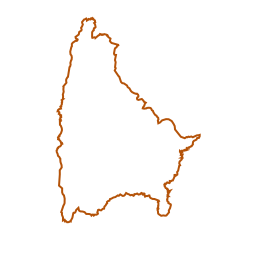 the district of Tlanchinol, Hidalgo, Mexico, rotated 9°
{"feature_id": "50627088B11315942998338", "entity_name": "Tlanchinol", "entity_type": "district", "adm_level": 2, "iso_a3": "MEX", "parent_name": "Mexico", "parent_adm1": "Hidalgo", "projection": "robinson", "projection_center": [-98.632, 21.045], "detail": "fine", "context": "isolated", "style": "outline", "palette": "amber", "viewbox_px": 256, "rotation_deg": 9, "n_neighbors": 0, "source": "geoboundaries", "source_scale": "gbopen_adm2", "svg_char_len": 5820}
<svg xmlns="http://www.w3.org/2000/svg" viewBox="0 0 256 256"><g transform="rotate(9 128 128)"><path d="M179.6,208.4L181.7,204.9L181.2,203.1L182.1,200.5L182.4,197.3L182.1,196.7L179.7,195.9L179.7,195.0L178.5,194.3L178.1,193.6L178.2,192.9L177.8,192.5L178.1,190.0L177.8,189.6L178.2,189.1L178.7,189.0L178.2,188.6L178.0,189.0L177.6,188.8L177.8,187.2L178.8,186.1L178.1,186.4L178.5,185.4L178.4,185.3L177.8,185.9L177.4,185.4L177.7,184.5L178.5,184.6L178.3,185.0L178.7,184.9L178.9,184.7L178.6,184.3L178.9,184.3L179.4,183.4L178.1,184.1L178.0,184.5L177.6,183.7L177.2,183.7L177.4,183.1L176.6,182.3L177.1,181.4L176.1,182.3L175.5,181.6L174.6,181.4L173.9,180.3L173.4,180.0L172.7,178.1L173.1,177.5L173.5,178.0L173.7,177.6L173.9,177.8L175.1,175.8L175.3,176.0L176.4,175.7L177.3,176.0L177.9,175.4L177.6,173.8L179.0,173.7L179.6,173.0L180.5,172.8L181.5,169.0L181.3,167.1L182.0,166.9L182.7,167.6L184.0,166.3L183.8,165.0L183.4,163.9L184.2,162.3L184.5,157.3L185.3,156.7L184.2,155.1L184.1,153.6L184.4,152.8L186.0,150.6L186.0,149.5L186.6,149.0L186.5,148.8L186.3,149.1L185.4,149.1L185.7,148.9L185.7,147.1L186.0,146.0L185.2,146.2L185.0,146.7L184.4,146.5L184.6,146.0L184.3,145.2L184.5,144.5L183.7,144.2L183.5,143.8L183.8,143.5L183.0,143.3L182.9,142.5L184.5,143.3L185.1,143.0L184.9,144.0L185.5,143.8L185.0,142.0L185.9,141.9L187.0,141.0L187.3,141.4L188.0,140.9L188.5,141.1L189.2,140.7L188.9,140.7L189.1,138.7L190.0,139.0L190.7,137.8L191.4,138.0L192.0,137.1L193.6,136.1L193.5,135.7L194.2,135.0L194.7,133.8L194.4,133.1L194.5,131.3L195.1,130.4L197.4,128.8L197.9,127.1L199.6,126.7L200.1,125.0L199.9,123.6L198.9,124.1L197.2,124.5L193.4,127.0L191.9,126.5L189.9,127.3L189.0,127.1L188.0,127.9L187.2,127.8L185.7,129.2L181.6,128.4L174.7,122.1L173.8,118.8L172.2,116.6L170.1,114.3L166.8,113.0L164.2,113.3L160.5,115.1L158.8,117.5L157.2,118.6L156.3,115.8L156.7,114.8L156.2,113.2L154.6,112.1L154.3,111.4L152.6,110.7L150.7,108.6L149.9,107.1L148.8,106.7L147.9,105.3L147.1,104.7L145.5,104.7L143.6,105.2L143.2,105.7L140.9,106.4L139.5,106.3L139.6,105.3L140.6,103.4L140.8,101.6L141.6,100.2L139.5,99.5L139.1,98.7L137.1,97.2L134.0,98.6L132.8,98.4L132.3,97.7L132.3,96.5L133.3,95.5L133.3,94.7L132.7,93.5L131.4,92.7L130.9,93.0L128.7,92.7L126.4,91.9L125.1,91.0L123.2,88.6L121.3,87.7L120.4,86.2L117.0,84.6L115.3,84.6L113.9,83.6L111.3,78.6L110.7,78.4L105.9,73.3L106.5,70.8L105.7,70.0L105.5,64.9L104.5,62.9L104.7,57.7L103.4,57.8L103.0,57.6L102.5,56.5L102.6,52.1L102.8,51.2L104.0,50.1L104.6,48.1L105.0,48.2L105.5,47.8L105.3,47.4L98.6,46.6L97.7,46.1L96.5,44.9L96.7,42.4L94.3,41.3L93.4,39.7L93.1,39.5L92.7,39.8L92.5,39.3L92.1,39.2L89.8,39.0L89.3,39.5L88.6,39.5L88.4,40.0L87.7,40.1L87.8,39.8L85.6,39.5L85.0,40.8L84.4,41.1L81.9,44.0L81.8,43.5L81.7,43.9L80.9,43.6L78.7,44.5L78.3,43.7L77.6,39.0L78.1,37.7L78.9,36.9L78.6,35.9L78.9,34.9L79.1,35.0L80.2,33.4L79.2,30.7L78.1,29.6L79.1,28.6L78.8,28.2L78.5,27.0L76.8,26.1L76.6,25.5L76.0,25.7L75.8,25.4L75.6,25.8L75.1,25.4L74.6,26.0L74.4,25.5L74.1,25.6L73.3,26.7L72.1,26.5L71.8,27.3L70.7,28.2L70.6,27.3L69.8,27.0L69.9,26.7L69.6,26.4L68.5,27.4L67.7,27.7L66.1,30.4L66.2,31.2L67.2,32.8L66.7,34.9L66.0,36.5L66.8,38.0L66.7,39.0L64.8,40.8L64.7,43.4L61.9,46.3L62.5,47.7L64.3,48.3L64.5,48.7L63.8,50.0L62.5,50.1L61.4,51.2L60.1,52.4L59.4,53.8L59.8,56.1L59.4,56.9L59.0,61.6L59.7,64.2L60.9,65.4L61.5,67.1L61.6,69.4L61.2,70.1L60.9,72.8L61.4,74.3L61.2,76.3L60.7,77.0L60.7,86.9L60.2,87.4L59.4,89.6L59.5,91.1L60.1,92.9L57.6,97.1L58.0,97.8L58.1,99.8L58.8,102.3L58.4,105.3L58.9,106.6L59.1,109.3L59.6,109.4L58.3,110.7L58.7,110.9L58.9,112.9L58.6,113.0L58.6,113.4L59.0,114.6L58.5,116.5L58.7,117.1L57.9,117.5L58.8,119.3L57.0,120.1L56.0,121.3L55.9,122.2L56.1,122.1L56.5,122.3L56.4,122.6L57.7,123.2L57.9,123.9L57.5,124.9L59.0,125.5L59.0,126.1L59.6,126.4L60.0,126.2L60.3,127.7L59.6,127.9L59.5,129.0L60.1,130.0L59.5,130.3L60.0,130.9L59.9,131.2L60.5,131.5L60.1,132.0L59.6,131.7L60.3,135.5L61.3,136.3L62.6,138.5L63.0,139.9L63.1,140.8L62.6,143.7L61.4,146.0L61.7,146.5L61.6,147.0L60.7,147.9L60.6,147.7L60.3,148.4L60.7,149.1L60.7,149.5L61.0,149.3L61.7,149.8L61.6,150.3L63.7,151.9L64.1,153.2L65.0,153.7L65.3,153.4L65.6,153.9L64.8,154.4L64.6,155.6L63.8,156.8L62.4,157.6L62.2,158.6L61.7,158.7L61.4,159.4L61.5,160.5L61.0,161.3L61.4,162.9L62.5,164.5L63.2,166.4L64.6,167.3L66.1,169.2L66.0,169.7L66.7,172.3L68.2,175.1L68.7,177.3L67.2,180.4L67.9,184.4L68.9,195.7L72.4,197.9L73.0,201.8L73.9,203.5L75.3,204.6L76.5,207.7L77.1,212.1L76.8,213.7L76.4,214.5L75.2,221.6L76.1,222.2L76.3,224.0L77.8,226.5L78.2,229.4L79.2,228.5L79.7,228.4L80.0,228.8L79.9,229.5L80.4,230.2L81.3,229.7L82.6,230.6L84.3,230.2L85.2,229.3L86.1,229.3L86.0,228.5L87.1,225.4L87.3,220.6L87.6,220.2L88.4,220.2L89.1,219.6L89.7,217.0L91.5,214.6L92.5,217.1L93.1,217.5L94.0,217.8L96.4,217.6L98.3,217.9L100.2,219.4L103.1,219.0L104.9,219.3L105.6,220.2L106.5,219.1L107.5,219.0L107.9,219.8L108.2,219.6L108.2,218.9L110.6,218.5L111.7,217.4L111.6,216.9L110.9,216.2L111.3,213.6L112.1,213.2L113.4,213.6L114.4,213.5L115.7,211.8L117.0,211.4L117.0,209.3L118.0,208.0L118.5,206.4L119.2,205.7L118.8,204.4L119.7,203.3L121.0,202.7L121.4,200.9L122.5,200.5L124.5,198.9L126.3,198.2L128.4,196.2L129.5,196.4L130.7,194.8L133.3,195.9L134.5,195.6L135.4,194.6L136.3,192.5L137.8,193.1L139.8,193.5L140.8,194.1L142.4,193.4L144.0,194.1L144.4,193.8L144.7,192.3L145.8,192.2L147.3,191.3L148.8,192.1L150.2,191.6L150.8,190.6L151.6,190.0L152.0,190.2L152.2,190.9L153.1,191.5L153.8,191.1L154.1,190.2L154.6,190.4L154.9,192.0L155.6,193.1L156.6,192.3L157.6,192.3L159.2,191.3L159.7,191.3L160.2,192.6L161.2,193.6L163.3,194.2L165.3,194.0L169.7,194.9L169.9,195.2L169.5,195.3L169.5,195.9L169.1,196.0L169.0,196.5L169.7,197.1L170.1,199.7L169.9,200.0L170.2,201.2L169.9,201.7L170.2,202.2L169.7,202.9L170.0,204.1L170.3,204.0L170.1,204.5L170.7,205.8L171.0,207.4L171.6,208.2L174.5,209.5L176.6,208.8L178.4,208.8L179.6,208.4Z" fill="none" stroke="#b45309" stroke-width="2"/></g></svg>